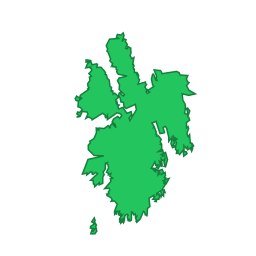 the district of Bø nor, Nordland, Norway, rotated 337°
{"feature_id": "86288312B44209185687579", "entity_name": "Bø nor", "entity_type": "district", "adm_level": 2, "iso_a3": "NOR", "parent_name": "Norway", "parent_adm1": "Nordland", "projection": "mercator", "projection_center": [14.6, 68.718], "detail": "fine", "context": "isolated", "style": "filled", "palette": "green", "viewbox_px": 256, "rotation_deg": 337, "n_neighbors": 0, "source": "geoboundaries", "source_scale": "gbopen_adm2", "svg_char_len": 5888}
<svg xmlns="http://www.w3.org/2000/svg" viewBox="0 0 256 256"><g transform="rotate(337 128 128)"><path d="M190.7,133.0L188.7,132.9L189.5,134.6L188.2,139.3L185.9,136.4L189.0,131.5L189.9,128.3L189.3,124.0L191.2,117.7L196.7,121.7L203.3,122.9L198.8,116.9L198.4,111.9L202.0,110.0L200.9,108.9L200.9,105.6L203.6,103.1L196.6,99.5L196.7,97.0L194.8,94.9L180.7,91.3L180.4,87.9L174.7,84.7L174.6,91.5L173.3,93.1L173.3,95.6L172.3,95.0L172.6,88.4L171.6,88.2L168.7,92.1L167.5,97.9L167.9,99.9L161.7,101.0L160.8,102.0L161.9,103.4L159.4,103.8L158.8,101.6L161.5,100.1L160.0,100.3L159.7,96.6L162.1,95.2L161.5,94.2L162.0,92.5L154.3,91.6L157.5,88.1L157.0,85.8L158.3,83.8L158.2,81.5L157.2,82.5L157.4,80.1L155.6,79.6L156.8,76.3L156.1,76.1L156.5,74.1L157.7,73.5L157.9,71.6L157.1,71.4L161.0,65.4L158.5,65.6L158.2,61.9L160.0,60.3L161.7,55.5L159.8,53.1L158.4,54.9L156.9,53.7L160.0,50.8L159.4,47.3L160.7,45.9L159.1,44.4L156.4,46.2L160.5,41.3L160.7,38.6L157.8,39.7L154.8,37.7L152.9,39.8L154.3,41.9L145.7,39.0L140.2,43.7L140.1,47.2L138.6,49.2L139.3,50.3L139.0,57.5L137.5,59.1L139.0,62.6L137.6,64.1L138.5,65.4L137.5,65.4L140.9,67.3L140.0,69.5L140.7,70.6L139.5,71.8L140.0,74.7L147.4,79.8L139.2,78.5L136.8,80.4L137.1,84.9L134.9,89.0L137.7,96.0L136.2,96.7L134.7,94.2L135.7,92.2L133.8,92.2L132.1,94.1L132.4,97.9L131.6,101.2L133.8,102.6L132.7,107.0L133.9,109.3L144.0,109.1L142.8,114.5L132.6,121.9L132.9,119.2L136.7,117.3L137.3,114.2L132.8,114.0L131.2,107.0L126.9,106.9L127.1,104.4L128.8,103.4L127.5,102.6L128.0,99.7L127.1,100.5L127.7,97.2L130.7,96.3L131.0,94.4L129.5,90.8L127.6,91.2L128.5,87.7L126.9,87.5L128.7,84.2L127.7,82.6L129.4,76.6L128.3,74.1L129.0,70.6L127.9,69.6L128.9,68.3L128.5,66.1L126.8,61.5L122.9,60.0L124.7,57.6L124.3,56.7L119.6,55.7L119.8,52.0L116.7,52.8L119.8,51.2L116.1,48.9L115.1,50.9L117.5,51.3L112.6,56.2L117.4,57.3L116.7,58.3L117.6,59.6L116.5,61.2L113.2,62.6L114.6,66.0L112.3,66.1L111.7,69.2L108.1,71.5L107.4,74.3L107.9,75.8L106.2,76.2L106.6,77.2L96.9,79.2L95.9,80.6L97.1,82.5L94.2,83.4L95.5,81.9L93.2,78.6L90.9,80.2L90.9,82.3L92.8,83.9L90.2,88.9L92.3,90.7L92.9,93.4L89.5,94.8L87.3,93.2L87.9,94.2L86.4,95.0L88.0,97.7L84.9,97.9L88.3,98.7L92.4,94.9L96.6,97.4L96.5,99.4L93.0,102.7L95.7,102.3L98.3,105.0L98.1,106.5L110.3,104.5L112.2,107.4L111.3,108.7L111.7,109.9L114.0,108.3L112.3,112.2L124.0,109.7L126.8,112.3L126.9,114.2L124.1,115.9L123.1,113.3L118.1,114.1L115.8,116.2L117.6,119.7L117.0,123.0L115.2,117.6L112.1,119.2L111.6,121.5L110.6,118.0L105.9,119.2L101.3,116.7L100.1,118.7L99.3,117.7L100.0,116.6L98.8,115.6L96.9,120.3L92.3,124.6L87.6,125.2L87.6,126.9L84.7,128.3L83.0,132.4L86.1,140.1L94.9,144.2L78.9,141.3L68.0,152.6L72.6,153.5L71.7,155.1L76.6,153.8L78.0,155.0L77.0,156.1L77.7,157.2L81.0,156.3L82.1,158.2L73.2,161.5L75.4,162.6L74.3,166.1L75.2,166.8L74.3,169.0L80.3,167.1L79.3,169.1L83.1,169.1L85.9,162.9L87.8,161.7L87.9,158.9L90.9,157.1L93.5,151.6L95.1,151.8L94.4,152.2L95.2,154.1L94.6,156.9L90.9,160.4L92.3,162.1L91.6,163.5L94.4,163.2L92.5,165.4L94.3,168.2L91.8,167.9L91.5,170.4L82.8,174.7L87.0,176.0L86.9,178.1L84.8,179.3L84.8,181.0L82.5,180.5L82.3,182.0L85.0,185.3L85.4,187.8L83.8,188.9L87.1,189.9L88.3,194.1L83.1,199.3L82.1,201.9L83.6,200.9L83.4,203.3L84.7,200.2L86.1,200.5L85.7,202.7L88.3,200.6L85.6,204.3L86.6,205.7L88.5,203.5L87.2,205.8L88.7,205.8L84.8,208.2L83.4,211.8L86.6,208.9L84.3,212.7L86.8,211.9L86.8,213.5L87.5,212.9L87.0,210.2L88.8,209.5L88.0,210.7L88.6,211.6L90.8,207.5L93.5,207.0L94.1,208.2L92.6,209.4L92.0,212.9L92.8,212.9L91.9,214.2L93.4,212.7L93.6,214.4L95.1,214.2L98.5,206.6L99.3,207.2L99.3,210.1L101.1,209.9L100.0,213.2L101.5,212.8L99.7,214.7L99.6,216.3L100.4,216.6L99.0,217.0L99.2,218.3L103.9,216.4L109.6,210.7L110.4,212.3L109.9,214.7L111.2,215.5L110.9,216.8L114.6,209.5L117.5,208.9L119.8,200.9L125.4,200.0L124.9,201.0L125.9,201.5L123.0,203.3L126.1,204.7L124.1,206.0L125.4,206.9L126.3,204.7L128.5,205.7L131.0,202.6L130.4,202.1L130.9,200.9L129.5,200.8L130.5,200.2L128.5,200.6L128.8,199.4L133.7,198.6L131.7,204.2L133.6,202.6L134.2,204.5L135.9,201.0L136.9,201.8L137.1,199.0L135.6,199.0L135.5,197.9L140.7,194.3L139.3,192.8L140.4,191.8L139.6,190.2L141.0,190.5L141.7,194.0L146.1,190.5L141.6,190.0L143.3,188.7L142.1,187.5L143.9,186.5L144.8,183.3L139.6,184.0L143.2,183.1L143.3,179.5L139.9,179.2L139.8,182.2L137.2,183.1L139.2,179.3L138.2,177.5L136.2,179.1L135.1,176.4L136.7,177.2L137.4,175.9L133.7,174.2L139.5,169.8L139.0,173.3L141.1,173.6L138.8,175.5L140.1,176.6L139.6,177.7L142.4,175.0L143.7,176.1L144.1,174.2L144.8,175.7L145.5,173.9L143.6,173.9L143.9,170.9L145.3,173.1L146.4,169.4L147.4,171.9L149.9,170.6L147.6,174.1L147.3,175.9L148.2,176.2L146.2,177.4L147.4,178.4L152.0,172.6L153.0,165.2L151.2,165.2L150.4,167.8L148.5,167.6L149.2,166.0L148.3,165.5L150.8,165.1L151.4,160.9L150.4,162.6L146.7,161.6L150.8,160.5L152.3,156.9L151.5,155.8L152.6,155.8L152.2,153.3L154.1,151.5L153.0,147.2L151.2,146.6L152.1,145.2L151.1,144.6L152.4,142.8L152.6,137.9L151.6,137.7L152.6,136.9L152.0,132.8L156.4,132.9L155.3,145.7L159.8,146.6L160.5,141.3L163.0,141.1L163.4,143.3L161.9,152.5L160.3,156.2L166.5,152.9L166.3,156.2L167.6,155.3L168.7,157.3L166.0,157.3L167.0,159.1L166.6,161.2L164.5,163.1L162.7,161.4L165.2,160.1L164.8,155.4L163.9,155.6L161.4,159.3L161.3,163.5L164.7,163.7L163.4,166.0L164.0,168.3L162.6,170.3L163.2,170.6L164.3,168.3L165.3,168.3L164.2,169.6L165.2,172.6L170.0,169.9L168.3,175.7L172.3,174.7L172.4,172.7L170.4,171.8L172.6,166.0L173.8,169.4L173.2,170.2L175.5,168.7L174.6,171.4L179.0,170.8L177.5,172.3L177.5,174.3L179.8,171.7L179.0,170.4L181.3,170.2L181.1,168.1L180.4,168.6L180.6,166.7L179.4,166.3L182.1,158.2L179.9,159.6L180.1,155.9L183.6,152.2L183.8,150.1L181.9,150.7L184.0,145.8L187.8,144.9L188.1,141.8L187.4,140.9L191.5,136.5L190.7,133.0ZM61.8,197.6L57.9,200.2L59.9,203.1L55.2,203.9L54.3,205.4L58.0,207.7L54.9,209.8L55.7,208.9L55.3,207.5L52.4,210.8L56.1,212.5L58.9,210.8L60.0,205.6L61.0,205.0L60.5,201.3L61.6,200.3L61.8,197.6Z" fill="#22c55e" stroke="#15803d" stroke-width="1.5"/></g></svg>